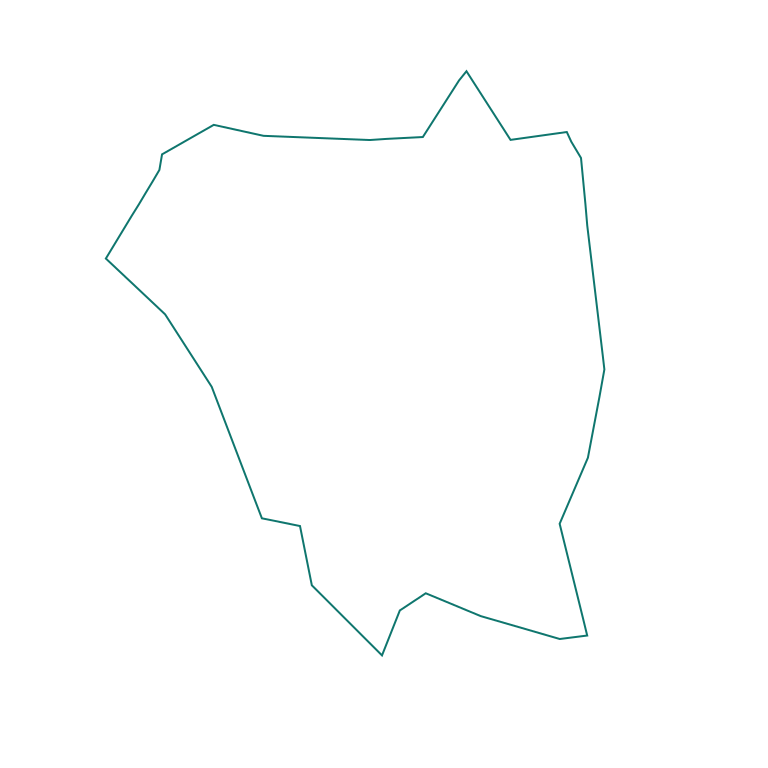 outline of Alegrete do Piauí, Piauí, Brazil, rotated 77°
{"feature_id": "56859067B12865581171560", "entity_name": "Alegrete do Piauí", "entity_type": "district", "adm_level": 2, "iso_a3": "BRA", "parent_name": "Brazil", "parent_adm1": "Piauí", "projection": "orthographic", "projection_center": [-40.802, -7.206], "detail": "fine", "context": "isolated", "style": "outline", "palette": "teal", "viewbox_px": 768, "rotation_deg": 77, "n_neighbors": 0, "source": "geoboundaries", "source_scale": "gbopen_adm2", "svg_char_len": 643}
<svg xmlns="http://www.w3.org/2000/svg" viewBox="0 0 768 768"><g transform="rotate(77 384 384)"><path d="M674.8,242.6L657.7,242.8L559.7,244.3L501.7,201.9L445.1,177.0L419.4,166.0L406.0,164.5L275.2,150.3L254.2,147.3L208.1,141.2L190.1,147.0L179.6,149.2L174.6,205.8L97.8,233.3L105.1,242.6L152.1,290.6L145.8,326.1L143.1,342.9L115.1,445.5L93.2,491.6L110.3,548.6L124.9,554.7L134.6,563.9L144.6,573.6L154.0,582.6L163.5,592.1L199.2,626.8L240.2,599.4L266.9,581.6L348.0,552.5L467.3,536.0L487.4,533.2L503.5,497.8L563.9,499.6L648.0,447.0L608.2,419.5L597.3,390.4L631.9,342.0L672.0,270.1L674.8,242.6Z" fill="none" stroke="#0f766e" stroke-width="2"/></g></svg>